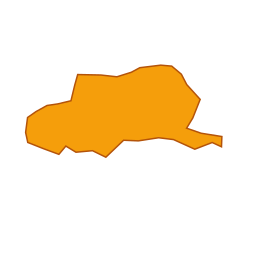 the district of Kampia, Nicosia, Cyprus, rotated 40°
{"feature_id": "46923920B79725215059171", "entity_name": "Kampia", "entity_type": "district", "adm_level": 2, "iso_a3": "CYP", "parent_name": "Cyprus", "parent_adm1": "Nicosia", "projection": "orthographic", "projection_center": [33.243, 34.987], "detail": "fine", "context": "isolated", "style": "filled", "palette": "amber", "viewbox_px": 256, "rotation_deg": 40, "n_neighbors": 0, "source": "geoboundaries", "source_scale": "gbopen_adm2", "svg_char_len": 571}
<svg xmlns="http://www.w3.org/2000/svg" viewBox="0 0 256 256"><g transform="rotate(40 128 128)"><path d="M211.7,82.3L205.4,74.2L187.4,85.0L173.0,90.5L171.2,78.7L164.9,59.7L145.1,57.0L134.3,52.5L121.7,52.5L112.7,58.8L98.3,74.2L94.7,83.2L86.6,95.9L73.1,104.9L55.1,119.4L59.6,129.3L66.8,143.8L58.7,154.7L51.5,162.8L47.0,174.5L44.3,184.5L52.4,197.2L60.5,203.5L76.7,198.1L92.0,192.6L92.0,181.8L103.7,180.0L115.4,168.2L129.8,164.6L132.5,140.2L144.2,131.2L157.7,115.8L170.3,107.6L192.8,101.3L201.8,85.0L211.7,82.3Z" fill="#f59e0b" stroke="#b45309" stroke-width="1.5"/></g></svg>